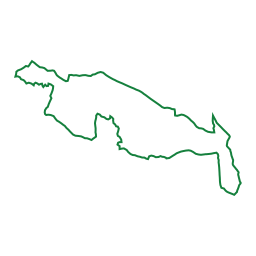 Suna East, Nyanza, Kenya
{"feature_id": "3690345B51291176928549", "entity_name": "Suna East", "entity_type": "district", "adm_level": 2, "iso_a3": "KEN", "parent_name": "Kenya", "parent_adm1": "Nyanza", "projection": "mercator", "projection_center": [34.508, -1.066], "detail": "fine", "context": "isolated", "style": "outline", "palette": "green", "viewbox_px": 256, "rotation_deg": 0, "n_neighbors": 0, "source": "geoboundaries", "source_scale": "gbopen_adm2", "svg_char_len": 4366}
<svg xmlns="http://www.w3.org/2000/svg" viewBox="0 0 256 256"><path d="M213.0,115.6L212.8,118.3L212.7,120.9L213.1,123.5L214.0,124.8L214.3,126.4L213.4,128.2L213.9,129.8L214.3,132.4L211.6,132.4L208.0,131.8L205.3,130.5L203.2,128.9L201.4,128.4L199.1,128.2L196.7,126.8L195.4,125.2L194.2,123.4L192.7,121.9L191.1,120.6L189.3,118.7L187.3,117.0L185.4,115.9L183.6,115.0L181.4,114.6L179.1,115.3L177.2,115.8L175.1,115.5L175.0,114.9L175.0,113.9L175.0,112.2L174.6,109.4L174.0,109.2L172.1,109.1L169.8,108.1L167.2,107.7L164.4,108.0L162.1,107.1L160.4,105.7L158.2,104.1L154.6,101.6L150.7,98.9L145.5,95.0L143.8,93.9L142.5,92.8L141.0,91.8L138.8,90.6L136.1,89.6L133.9,88.5L130.9,87.3L125.7,85.0L122.1,83.3L119.6,82.3L116.8,81.1L115.0,80.1L112.8,79.1L109.4,77.2L106.2,75.2L103.2,72.7L100.6,72.0L97.7,72.8L94.9,74.3L92.7,74.6L90.8,76.0L88.3,75.8L85.6,75.1L82.8,75.2L79.4,75.9L76.1,75.2L73.6,75.4L71.4,74.9L69.2,75.1L69.0,76.1L68.7,77.2L68.3,79.0L67.7,80.9L65.9,81.2L64.4,80.4L63.6,80.0L62.8,79.5L61.2,78.4L60.3,77.9L59.4,77.3L57.7,76.0L56.9,75.3L56.3,74.4L55.4,72.7L54.1,70.8L52.6,70.4L50.5,70.7L47.6,70.8L45.7,69.2L44.4,68.1L42.3,67.5L39.8,67.2L36.5,64.7L34.6,63.0L34.1,62.6L32.6,61.7L32.0,61.2L30.3,63.5L29.2,65.3L28.2,66.5L25.9,66.0L23.5,67.8L21.0,69.3L18.0,70.4L16.4,71.7L16.1,74.2L15.4,76.6L17.3,76.3L18.2,76.5L19.9,77.3L21.0,79.2L23.6,80.1L25.0,81.5L26.4,83.5L28.8,82.7L31.5,83.6L33.7,85.3L34.2,83.7L35.6,82.7L37.4,83.5L39.0,84.7L40.6,83.9L42.0,83.7L42.5,85.8L43.3,87.0L44.2,85.9L45.2,84.7L46.6,86.1L48.1,85.9L48.5,83.6L50.8,84.4L53.2,86.2L53.0,88.4L52.6,90.3L51.4,93.5L50.3,95.9L51.4,98.2L49.8,101.6L48.7,104.2L47.8,106.9L46.4,108.0L45.0,110.2L44.7,112.5L45.1,114.1L46.2,115.0L48.2,114.7L50.7,115.0L53.6,116.1L55.4,118.7L57.0,120.6L59.1,121.8L61.4,123.4L63.3,124.9L64.8,125.9L66.5,128.0L68.5,129.8L69.9,131.4L71.5,133.0L73.1,134.6L75.4,135.7L78.7,136.0L81.2,136.4L83.0,137.2L84.9,138.2L87.1,138.3L89.4,139.1L91.5,140.0L92.0,139.6L93.6,138.3L94.1,138.0L96.0,136.6L95.9,134.3L95.5,132.3L95.6,130.4L95.6,128.2L95.3,125.9L95.0,123.2L95.3,121.1L95.8,119.3L96.2,117.4L96.2,115.6L97.5,113.7L99.8,114.6L101.4,116.5L104.4,117.3L106.4,118.9L108.2,119.4L110.0,118.4L110.3,116.2L112.2,117.6L113.3,119.0L113.1,120.5L113.5,123.1L115.2,124.5L116.1,126.3L117.8,126.6L118.8,128.5L118.1,131.4L117.3,133.9L117.9,135.9L119.6,136.9L121.2,139.6L121.5,142.1L119.6,142.1L118.1,142.7L117.5,144.6L119.6,146.1L119.6,149.1L121.9,148.6L123.9,148.4L126.7,150.0L128.2,152.0L130.5,154.0L132.7,155.0L134.9,155.2L137.6,156.3L140.0,156.8L142.0,157.5L144.5,157.6L146.1,158.6L148.0,159.1L149.2,156.3L151.3,155.6L153.6,156.1L155.8,157.2L158.5,157.0L160.5,156.1L162.3,156.8L163.8,156.9L164.4,157.1L166.0,157.8L166.4,158.4L169.3,158.0L171.5,156.6L173.7,155.2L174.3,154.9L176.6,153.3L178.3,152.6L180.9,151.6L182.7,151.2L185.7,150.6L188.6,150.3L190.7,150.7L193.0,151.9L195.8,153.8L198.5,154.5L201.0,154.8L203.3,154.5L204.9,154.3L205.6,154.2L206.5,154.2L208.6,154.0L211.3,153.7L214.0,153.1L216.5,152.7L217.2,153.5L217.9,154.2L218.3,156.0L218.0,157.9L218.7,160.1L218.6,162.4L218.9,164.5L219.2,167.5L219.5,172.5L219.6,174.9L219.8,177.5L219.9,179.5L219.9,180.3L220.0,182.0L220.1,182.9L220.4,185.0L221.4,187.8L222.8,188.2L223.9,188.5L224.6,189.4L225.5,190.5L226.6,191.5L227.7,192.1L228.8,192.6L230.6,193.3L232.1,193.9L232.7,194.1L233.3,194.4L234.2,194.8L235.4,193.6L235.8,193.1L236.3,192.6L236.9,192.1L237.1,191.2L237.4,190.1L237.9,189.1L238.2,188.2L238.6,187.2L238.8,186.4L239.2,185.2L239.7,184.5L240.2,183.9L240.6,183.4L240.6,182.5L240.0,181.9L239.7,180.8L239.4,179.5L238.9,177.6L238.7,176.7L238.5,175.8L238.3,175.2L238.2,174.6L238.2,173.9L238.5,173.0L238.6,172.3L238.3,171.8L237.8,171.2L237.3,170.5L236.9,169.8L236.1,169.0L235.6,168.3L234.9,167.4L233.8,166.1L233.3,165.4L232.9,164.8L232.7,163.9L232.8,162.8L233.0,161.7L233.1,160.6L233.1,159.9L232.7,159.1L232.5,158.4L232.3,157.9L232.0,157.0L231.6,156.0L231.2,154.3L231.1,153.3L230.8,152.1L230.4,151.2L230.2,149.7L227.5,146.8L227.0,146.2L226.8,145.4L227.1,143.5L227.4,141.7L227.5,141.1L228.0,140.2L229.4,137.7L229.8,136.7L229.5,135.9L229.0,135.1L228.3,134.5L227.7,133.9L227.1,133.3L226.3,132.4L225.2,131.4L224.3,130.5L223.9,130.1L223.4,129.6L222.7,128.9L221.2,127.3L219.5,125.6L218.9,125.0L218.2,124.3L217.5,123.6L216.8,122.9L216.3,122.0L215.9,121.0L215.4,120.1L215.0,119.3L214.4,118.3L213.9,117.3L213.3,116.2L213.0,115.6Z" fill="none" stroke="#15803d" stroke-width="2"/></svg>